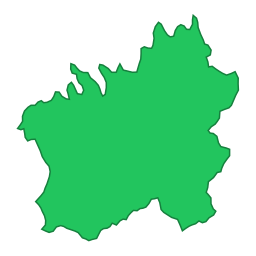 the district of Santa Branca, São Paulo, Brazil
{"feature_id": "56859067B45307591425781", "entity_name": "Santa Branca", "entity_type": "district", "adm_level": 2, "iso_a3": "BRA", "parent_name": "Brazil", "parent_adm1": "São Paulo", "projection": "equal_earth", "projection_center": [-45.869, -23.418], "detail": "fine", "context": "isolated", "style": "filled", "palette": "green", "viewbox_px": 256, "rotation_deg": 0, "n_neighbors": 0, "source": "geoboundaries", "source_scale": "gbopen_adm2", "svg_char_len": 2643}
<svg xmlns="http://www.w3.org/2000/svg" viewBox="0 0 256 256"><path d="M41.8,229.2L45.8,231.1L49.1,232.4L53.2,231.2L56.4,226.9L60.7,225.6L63.7,226.4L66.9,228.3L71.3,229.8L74.8,231.0L78.2,232.6L82.4,237.8L85.9,239.0L88.8,240.6L92.3,239.4L96.6,238.4L98.9,233.8L100.7,230.4L103.5,228.6L107.1,228.2L109.9,226.6L112.2,223.2L116.4,225.0L120.0,220.8L123.1,219.1L126.2,219.6L128.3,215.6L131.0,212.6L133.4,210.4L137.1,210.7L140.0,208.6L142.9,208.2L145.9,207.1L148.9,203.5L151.3,199.2L154.7,198.7L157.8,197.8L159.8,202.6L161.1,209.5L163.8,212.4L166.9,214.4L171.6,217.4L177.6,219.4L180.1,225.0L182.4,230.8L185.7,228.4L189.1,226.2L191.7,225.0L195.6,223.7L198.9,221.0L202.4,222.7L205.9,221.6L209.0,217.8L213.6,215.0L215.8,211.2L213.3,209.0L211.0,203.8L210.9,197.9L208.4,194.8L206.2,192.4L207.7,187.6L208.4,181.7L213.5,177.6L217.2,172.5L220.8,171.7L221.8,168.1L223.8,163.6L226.6,159.6L229.6,155.7L229.6,149.3L226.2,148.0L220.8,146.6L218.5,142.9L216.9,136.4L213.3,133.5L210.1,133.1L208.1,130.5L211.3,126.7L215.2,124.1L217.3,121.3L219.4,118.1L219.9,111.3L224.2,109.5L229.0,107.8L231.4,105.3L233.2,101.1L235.7,95.3L238.4,90.1L238.1,83.8L238.2,78.1L235.1,71.7L231.2,73.5L226.6,75.1L222.5,73.3L218.9,71.1L215.6,68.9L212.2,66.3L208.6,66.9L207.9,62.0L206.2,57.1L210.3,54.9L211.1,50.1L207.9,45.1L204.6,44.0L203.3,40.1L200.7,34.5L198.1,27.5L197.7,22.3L196.5,18.2L193.2,15.4L192.5,19.7L192.5,24.3L189.8,29.5L186.5,29.3L184.1,26.0L180.8,24.7L177.6,26.7L175.3,30.5L173.7,36.2L170.2,36.9L167.4,34.9L164.6,30.9L161.2,24.2L158.5,22.3L155.3,26.7L153.3,33.1L154.1,38.3L153.0,45.3L151.6,48.3L148.0,48.1L144.3,46.8L141.1,48.6L141.1,53.7L140.8,59.1L139.3,63.5L136.8,72.1L132.4,72.3L127.6,71.1L123.3,70.1L119.9,63.9L118.0,67.7L116.2,72.3L111.6,72.3L108.2,68.5L102.9,65.1L99.8,64.5L98.8,68.1L101.4,73.1L104.3,77.5L106.3,82.5L106.3,87.7L105.2,94.4L102.7,96.1L101.0,92.9L99.9,89.1L98.3,85.3L95.2,81.7L90.4,77.7L87.8,72.6L83.2,72.5L79.6,70.9L77.1,68.3L74.6,65.1L70.9,63.7L70.7,69.1L72.2,73.1L76.5,74.3L77.1,78.6L78.9,82.7L82.1,85.5L83.7,90.3L81.8,94.5L77.4,93.7L75.3,89.1L73.6,85.3L71.4,82.3L68.3,84.9L67.0,90.1L68.1,93.7L69.4,99.3L66.2,98.9L61.9,96.3L59.1,92.1L55.5,91.9L53.8,96.5L51.4,100.3L47.1,102.3L43.7,102.7L41.3,100.7L38.0,102.1L35.1,105.3L31.0,105.3L28.0,107.3L24.5,111.0L22.5,116.3L22.6,121.3L20.1,125.1L17.6,128.5L20.9,129.7L23.8,128.7L24.7,133.5L25.2,137.3L27.7,140.9L31.1,139.5L35.1,139.2L37.6,144.8L40.3,150.8L42.3,156.7L45.8,162.4L49.1,166.3L50.2,171.6L49.4,176.7L47.0,183.9L45.1,188.2L43.9,192.0L41.1,195.6L38.2,198.8L35.7,201.6L38.7,204.7L40.9,208.0L42.3,211.4L44.5,215.8L45.7,220.5L45.4,225.0L41.8,229.2Z" fill="#22c55e" stroke="#15803d" stroke-width="1.5"/></svg>